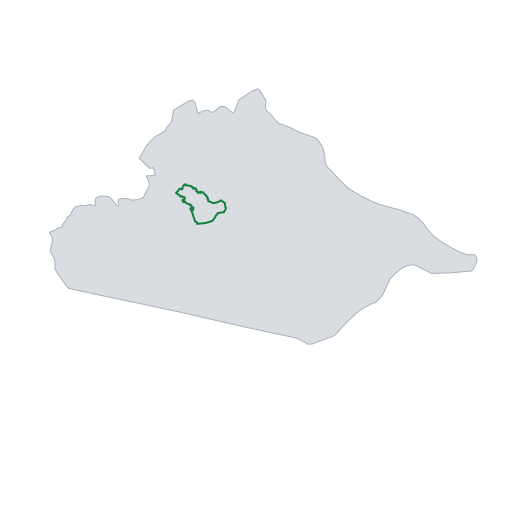 Al Makhrim, Homs (Hims), Syria (highlighted), rotated 45°
{"feature_id": "27442178B17685723948764", "entity_name": "Al Makhrim", "entity_type": "district", "adm_level": 2, "iso_a3": "SYR", "parent_name": "Syria", "parent_adm1": "Homs (Hims)", "projection": "albers", "projection_center": [37.338, 34.825], "detail": "fine", "context": "in_parent", "style": "outline", "palette": "green", "viewbox_px": 512, "rotation_deg": 45, "n_neighbors": 0, "source": "geoboundaries", "source_scale": "gbopen_adm2", "svg_char_len": 6087}
<svg xmlns="http://www.w3.org/2000/svg" viewBox="0 0 512 512"><g transform="rotate(45 256 256)"><path d="M101.3,190.3L105.0,190.8L112.9,195.7L114.2,195.6L116.7,189.2L119.0,187.1L123.9,185.3L125.4,175.0L127.7,173.0L130.5,172.0L134.7,171.8L138.4,171.2L138.6,169.4L133.6,157.5L134.1,154.5L136.6,142.6L138.2,137.9L139.7,136.4L145.5,137.0L153.6,139.2L155.8,142.6L159.7,145.7L165.7,145.5L172.6,146.1L178.0,146.3L182.2,144.1L191.9,140.1L196.7,138.7L201.1,136.9L215.0,130.2L220.6,130.7L224.5,131.5L227.4,132.5L234.1,136.9L239.6,141.4L243.4,142.7L250.3,142.5L260.3,143.2L272.5,142.9L279.6,141.5L288.7,139.1L304.7,133.3L325.7,121.5L338.1,115.6L343.4,114.8L350.4,114.5L357.5,115.7L365.5,116.4L369.2,116.1L377.7,114.7L388.8,111.9L395.7,109.7L404.0,106.3L409.1,101.0L410.7,100.4L413.0,101.2L414.0,101.5L416.3,104.3L418.9,111.6L419.0,112.4L418.7,114.5L413.4,120.9L406.3,129.5L401.1,135.0L392.4,144.2L385.7,146.4L374.3,150.1L371.4,153.3L368.7,158.3L367.3,165.2L366.9,169.5L366.9,177.4L370.0,185.6L372.9,193.4L373.4,198.6L373.4,203.8L371.1,209.4L368.6,217.0L367.3,225.6L367.1,241.7L367.6,255.3L367.5,257.5L363.0,267.3L357.8,278.8L355.2,281.5L342.9,285.2L329.6,293.9L314.7,303.6L301.0,312.3L286.7,321.4L271.8,330.8L261.1,337.5L246.7,346.4L233.6,354.9L220.2,363.5L210.1,370.0L194.6,380.2L185.5,386.2L172.1,394.9L160.2,402.6L146.1,411.6L128.6,408.8L123.0,407.2L118.5,402.8L115.2,400.4L106.9,398.0L101.7,389.8L98.5,386.8L93.0,385.4L95.5,380.3L96.0,376.8L98.4,372.7L96.9,369.9L96.3,364.0L95.3,362.6L94.9,361.0L95.8,359.2L95.5,357.3L94.6,356.4L94.2,353.5L93.4,351.3L93.8,348.7L95.1,347.0L96.4,343.7L97.9,342.8L100.2,340.7L100.9,338.6L103.0,336.5L105.8,334.9L106.5,333.5L106.1,332.7L103.3,331.1L101.8,328.4L103.2,324.4L104.1,323.2L105.8,321.3L109.6,318.4L112.5,317.9L115.1,318.0L119.3,318.3L122.7,318.8L123.5,318.1L123.4,317.1L119.3,314.7L119.1,312.8L120.2,310.7L123.1,307.5L126.6,305.2L128.3,304.8L132.3,300.1L134.9,294.7L130.9,281.7L128.5,279.7L124.5,277.8L122.1,277.5L122.0,276.7L125.1,273.4L127.4,270.6L124.9,267.9L120.5,266.5L118.9,269.3L113.2,269.5L104.3,269.4L100.7,255.6L100.2,249.7L100.4,242.9L103.2,232.9L102.0,228.2L101.9,225.1L101.3,220.8L94.6,211.4L98.6,194.4L101.3,190.3Z" fill="#d9dde1" stroke="#a8b0b8" stroke-width="1"/><path d="M191.5,274.9L192.1,274.3L192.6,273.7L192.8,273.5L193.3,272.9L194.7,271.2L194.8,271.1L195.2,270.6L195.5,270.3L195.9,269.7L196.5,268.9L197.4,267.7L197.5,267.5L197.8,266.9L198.4,265.8L198.7,265.2L199.4,263.8L199.6,263.5L200.2,262.3L200.2,261.7L200.1,260.0L199.8,258.1L199.6,257.3L199.2,256.3L199.1,255.8L199.0,255.7L199.1,255.1L199.1,254.6L199.0,253.6L198.9,253.3L198.8,253.1L198.7,252.7L199.3,252.0L199.8,251.0L200.0,250.6L200.6,250.1L200.8,249.8L200.9,249.6L201.0,249.4L201.9,248.3L202.0,248.1L202.1,247.9L202.3,247.7L202.2,247.6L201.9,246.8L201.8,245.8L201.6,244.6L201.5,244.4L200.7,243.4L199.7,242.9L199.0,242.6L198.3,242.1L197.8,241.7L197.4,241.4L197.2,241.1L197.0,240.8L196.9,240.8L196.7,240.6L195.7,240.7L194.9,240.9L194.6,240.9L194.4,240.9L194.3,241.0L194.2,241.0L193.9,241.0L193.7,241.0L193.4,241.1L193.2,241.1L192.9,241.2L192.6,241.3L192.2,241.4L191.9,241.4L191.7,242.4L191.4,243.3L191.2,243.9L190.7,245.2L190.4,245.8L188.4,248.9L185.8,249.8L185.5,249.9L183.5,251.0L182.8,250.3L182.4,249.9L182.2,249.9L181.5,250.0L181.2,249.9L181.1,249.7L181.1,249.4L181.0,249.2L180.9,249.1L180.7,249.0L180.0,248.8L179.8,248.7L179.7,248.8L179.6,248.7L179.4,248.7L179.1,248.7L178.6,248.7L178.3,248.6L178.2,248.7L177.9,248.7L177.6,248.6L177.4,248.6L177.1,248.5L176.9,248.6L176.7,248.7L176.4,248.7L176.2,248.6L175.9,248.5L175.7,248.4L175.4,248.6L175.0,248.6L174.8,248.6L174.3,248.5L174.2,248.5L173.9,248.5L173.7,248.5L173.2,248.6L173.0,248.8L172.9,249.0L172.6,249.4L172.6,249.5L172.4,249.6L172.1,249.6L171.9,249.6L171.7,249.6L171.5,249.8L171.4,249.9L171.4,250.0L171.4,250.4L171.4,250.5L171.5,250.6L171.6,250.8L171.3,250.8L171.2,250.9L170.8,251.0L170.7,251.0L170.6,251.6L170.5,251.9L170.3,252.4L169.7,252.2L169.0,252.0L167.9,252.5L167.8,252.4L167.8,252.2L167.7,252.0L167.7,251.8L167.7,251.7L167.6,251.4L167.4,251.3L167.3,251.2L167.1,251.1L166.5,251.2L166.4,251.2L165.7,250.9L165.3,251.1L165.2,251.2L165.0,251.3L164.9,251.3L164.8,251.9L164.0,252.7L163.9,252.6L163.7,252.5L163.7,252.4L163.6,252.2L163.4,252.1L163.2,252.1L162.9,252.1L162.7,252.1L162.3,252.2L162.2,252.3L161.9,252.4L161.8,252.5L161.7,252.7L161.2,252.5L160.7,252.6L160.2,252.8L159.0,253.5L158.3,254.1L157.6,254.7L157.3,254.9L156.8,255.3L155.9,255.4L155.8,255.2L155.6,255.3L155.2,255.4L155.1,256.0L155.1,256.5L154.8,256.9L154.9,257.2L155.0,257.6L155.2,257.9L155.2,258.4L155.2,258.8L155.9,259.6L156.4,260.6L156.6,261.2L154.5,262.3L154.3,262.6L154.6,263.1L154.8,263.7L154.8,264.1L154.8,265.0L154.7,265.7L154.9,266.3L154.8,266.7L154.7,267.1L154.7,267.5L154.9,267.8L155.4,267.9L155.8,267.9L156.2,267.8L156.4,267.7L157.0,267.7L157.4,267.6L157.9,267.3L158.3,267.2L158.6,267.3L159.0,267.3L159.3,267.2L159.6,267.2L160.1,267.1L160.3,267.4L160.7,267.4L160.9,267.2L160.9,266.4L161.2,266.1L161.4,266.0L161.7,265.9L162.4,266.2L162.9,266.1L163.0,266.0L163.4,265.9L163.6,265.7L163.7,265.4L163.8,265.3L163.9,265.1L164.3,265.3L164.4,265.5L164.6,265.7L164.9,265.7L165.3,266.1L165.5,266.3L165.5,266.7L165.3,267.2L165.1,267.5L164.7,268.1L164.5,268.4L164.7,268.6L165.0,268.7L165.1,269.0L165.5,269.2L165.8,269.1L165.9,268.9L166.3,268.9L166.7,269.0L167.1,268.9L167.3,268.6L167.3,268.4L167.3,268.0L167.7,267.6L168.0,267.7L168.9,267.9L169.0,267.9L169.3,267.9L169.5,267.8L169.9,267.7L170.2,267.6L170.6,267.3L170.9,267.2L171.4,267.0L172.1,266.7L172.3,266.6L172.7,266.4L172.9,266.2L173.3,266.2L173.5,266.2L173.6,266.4L173.6,266.6L173.9,266.6L174.0,266.4L174.2,266.2L174.3,266.0L174.8,266.1L175.3,266.3L175.7,266.4L175.9,266.5L176.5,266.4L177.1,266.3L177.7,266.1L178.1,266.6L178.6,267.4L179.0,267.9L178.6,268.4L178.3,268.5L177.4,267.9L177.1,268.0L176.6,267.9L176.2,268.1L176.0,268.7L176.3,269.0L176.7,269.2L177.2,269.3L177.9,269.5L178.2,269.6L178.9,269.9L179.3,270.0L180.9,270.8L183.3,272.0L183.7,272.2L184.6,272.7L185.7,273.2L188.5,274.7L189.6,274.1L190.5,273.9L191.1,274.2L191.5,274.9Z" fill="none" stroke="#15803d" stroke-width="2"/></g></svg>